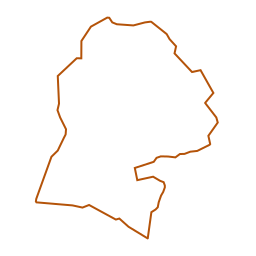 outline of Nsit Atai, Akwa Ibom, Nigeria, rotated 182°
{"feature_id": "59680162B33769534671223", "entity_name": "Nsit Atai", "entity_type": "district", "adm_level": 2, "iso_a3": "NGA", "parent_name": "Nigeria", "parent_adm1": "Akwa Ibom", "projection": "mercator", "projection_center": [8.032, 4.828], "detail": "fine", "context": "isolated", "style": "outline", "palette": "amber", "viewbox_px": 256, "rotation_deg": 182, "n_neighbors": 0, "source": "geoboundaries", "source_scale": "gbopen_adm2", "svg_char_len": 982}
<svg xmlns="http://www.w3.org/2000/svg" viewBox="0 0 256 256"><g transform="rotate(182 128 128)"><path d="M150.6,237.5L152.6,237.6L168.6,228.0L177.6,213.3L177.1,196.0L181.7,195.9L200.0,177.5L197.8,149.9L199.1,143.4L196.2,136.2L189.9,124.6L190.1,119.5L190.4,118.7L191.7,116.0L196.1,106.0L197.4,103.0L203.5,96.6L217.2,54.0L217.5,51.4L216.9,50.5L180.7,48.7L170.7,46.9L164.2,49.7L146.6,40.9L137.0,36.1L136.9,36.1L133.5,37.2L124.0,29.3L104.6,18.4L104.4,18.5L101.7,44.7L97.6,47.5L95.5,49.8L94.7,54.9L92.6,61.6L90.6,65.3L89.1,70.0L89.2,71.9L90.5,75.1L94.0,76.3L101.2,80.2L116.9,76.2L119.8,88.3L101.1,95.1L98.4,99.2L94.2,100.8L87.0,100.9L79.6,100.3L75.2,103.8L70.6,104.1L64.9,106.5L58.0,107.5L45.8,114.1L45.3,114.8L47.4,123.0L38.5,136.6L40.1,141.6L51.7,155.6L51.7,155.9L43.9,166.0L57.5,188.3L66.0,186.2L84.1,204.2L82.8,211.3L89.6,218.3L92.6,223.2L108.4,234.9L109.5,235.0L114.8,234.1L126.2,230.7L142.8,231.3L147.4,233.0L150.6,237.5Z" fill="none" stroke="#b45309" stroke-width="2"/></g></svg>